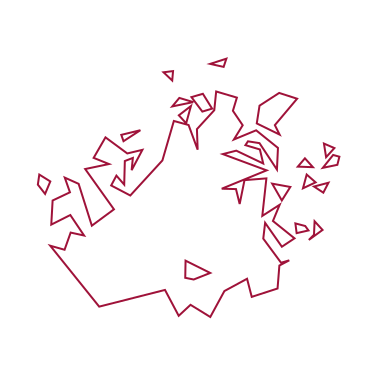 map outline of South Jeolla (Albers equal-area conic projection), rotated 171°
{"feature_id": "KOR-2506", "entity_name": "South Jeolla", "entity_type": "Metropolitan City", "adm_level": 1, "iso_a3": "KOR", "parent_name": "South Korea", "parent_adm1": "", "projection": "albers", "projection_center": [126.652, 34.734], "detail": "medium", "context": "isolated", "style": "outline", "palette": "rose", "viewbox_px": 384, "rotation_deg": 171, "n_neighbors": 0, "source": "natural_earth", "source_scale": "10m", "svg_char_len": 1925}
<svg xmlns="http://www.w3.org/2000/svg" viewBox="0 0 384 384"><g transform="rotate(171 192 192)"><path d="M340.4,161.1L326.9,154.9L318.2,170.9L305.4,165.9L315.8,188.3L336.1,181.8L331.0,205.4L312.6,210.8L315.4,226.1L302.7,217.8L296.2,174.4L271.8,187.1L293.9,231.4L269.6,232.6L283.8,241.1L268.9,259.5L249.9,240.2L234.4,241.4L248.2,223.0L245.1,234.9L253.5,233.1L257.8,209.9L264.1,220.0L270.8,211.1L253.5,198.2L216.3,227.8L198.8,265.0L184.9,258.7L179.8,232.9L177.3,253.3L157.2,269.3L152.4,287.5L132.9,278.2L138.9,265.8L131.5,250.0L142.4,237.3L119.0,242.9L100.2,222.1L104.6,200.9L117.7,229.7L128.8,233.3L131.9,229.9L118.3,223.4L117.2,209.0L141.8,225.9L155.6,224.6L114.9,201.7L162.1,190.6L148.1,188.0L146.8,172.7L138.3,195.5L116.4,193.8L126.3,157.4L107.4,165.7L116.6,150.7L98.0,130.2L111.8,123.9L124.6,150.1L128.9,134.8L115.1,108.2L106.6,109.3L117.2,105.7L122.6,83.3L149.4,79.1L151.2,97.7L175.5,89.1L193.5,65.7L211.1,80.8L224.5,71.8L234.0,99.5L301.6,93.3L340.4,161.1ZM212.1,108.3L204.0,105.3L186.7,109.2L209.1,125.2L212.1,108.3ZM117.3,249.6L111.8,266.7L90.4,276.2L73.6,267.7L99.7,245.1L96.5,235.0L117.3,249.6ZM177.7,285.8L165.9,287.3L159.1,271.2L169.2,269.8L177.7,285.8ZM233.3,261.1L251.7,252.9L252.9,259.5L233.3,261.1ZM337.4,213.1L343.1,223.4L340.1,233.1L330.3,224.6L337.4,213.1ZM75.5,143.9L69.0,134.1L84.1,126.4L78.2,130.7L75.5,143.9ZM104.6,169.6L111.5,187.7L94.1,181.6L104.6,169.6ZM179.6,277.1L187.0,260.8L193.0,269.8L179.6,277.1ZM59.0,195.4L46.8,206.5L40.9,203.8L44.2,196.1L59.0,195.4ZM62.4,170.8L70.6,178.3L55.8,179.8L62.4,170.8ZM83.5,200.5L75.2,207.6L68.7,197.6L83.5,200.5ZM54.1,205.4L54.1,219.2L44.5,213.1L54.1,205.4ZM76.0,191.3L68.4,182.2L81.8,178.3L76.0,191.3ZM94.8,144.8L85.5,140.7L83.0,135.8L95.1,135.0L94.8,144.8ZM198.1,279.6L189.8,286.9L176.7,280.6L198.1,279.6ZM194.1,305.2L201.4,314.7L191.8,314.4L194.1,305.2ZM141.2,310.6L154.0,315.7L137.2,318.3L141.2,310.6Z" fill="none" stroke="#9f1239" stroke-width="2"/></g></svg>